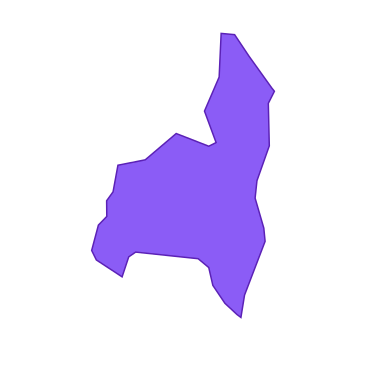 North East Lincolnshire, Natural Earth projection, rotated 67°
{"feature_id": "GBR-2056", "entity_name": "North East Lincolnshire", "entity_type": "Unitary Authority", "adm_level": 1, "iso_a3": "GBR", "parent_name": "United Kingdom", "parent_adm1": "", "projection": "natural_earth1", "projection_center": [-0.125, 53.528], "detail": "fine", "context": "isolated", "style": "filled", "palette": "violet", "viewbox_px": 384, "rotation_deg": 67, "n_neighbors": 0, "source": "natural_earth", "source_scale": "10m", "svg_char_len": 603}
<svg xmlns="http://www.w3.org/2000/svg" viewBox="0 0 384 384"><g transform="rotate(67 192 192)"><path d="M131.5,76.8L140.2,87.1L179.7,102.8L207.0,127.8L222.3,136.3L253.3,140.0L266.0,144.0L307.4,183.9L326.6,196.0L322.3,198.5L320.5,199.3L307.3,205.2L286.1,209.3L268.1,206.1L255.8,212.4L225.3,267.4L227.0,275.6L242.8,289.5L217.2,306.6L206.6,307.2L185.9,291.1L181.2,280.0L166.7,274.0L161.0,264.6L138.4,249.7L144.1,222.5L132.0,183.7L156.4,158.7L155.9,150.5L122.4,148.9L96.8,122.1L57.4,103.2L63.8,91.3L89.1,86.5L127.5,77.9L131.4,76.8L131.5,76.8Z" fill="#8b5cf6" stroke="#5b21b6" stroke-width="1.5"/></g></svg>